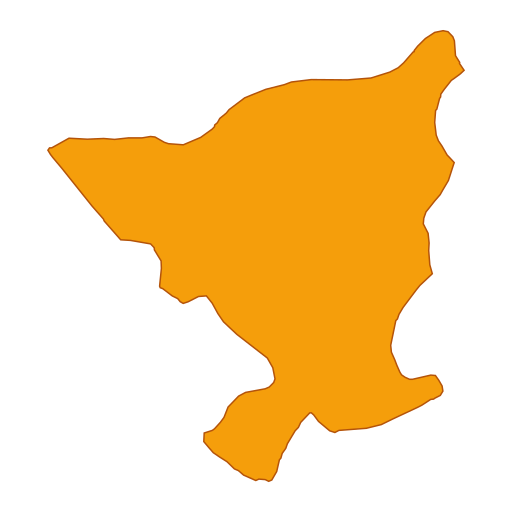 Chichicastenango, Quiché, Guatemala (Albers equal-area conic projection)
{"feature_id": "79465075B12794992131800", "entity_name": "Chichicastenango", "entity_type": "district", "adm_level": 2, "iso_a3": "GTM", "parent_name": "Guatemala", "parent_adm1": "Quiché", "projection": "albers", "projection_center": [-91.088, 14.889], "detail": "fine", "context": "isolated", "style": "filled", "palette": "amber", "viewbox_px": 512, "rotation_deg": 0, "n_neighbors": 0, "source": "geoboundaries", "source_scale": "gbopen_adm2", "svg_char_len": 2238}
<svg xmlns="http://www.w3.org/2000/svg" viewBox="0 0 512 512"><path d="M214.7,125.0L214.5,126.7L212.2,129.1L200.7,137.4L183.3,144.8L168.5,143.7L164.3,142.3L155.0,137.0L150.5,136.5L142.0,137.9L128.3,137.9L114.6,139.4L103.7,138.5L87.3,139.2L69.0,138.2L51.8,147.8L49.5,147.9L47.9,150.2L50.5,154.5L52.8,157.5L61.7,168.1L92.0,206.0L103.4,219.0L104.2,221.0L120.7,239.8L130.4,240.4L150.6,243.9L154.2,247.7L154.4,249.9L161.1,260.9L161.4,268.4L159.6,286.2L160.2,287.7L162.8,288.7L172.2,295.9L177.7,298.6L180.2,301.7L183.2,303.4L188.1,301.8L198.5,296.5L206.4,295.9L212.2,303.2L217.9,313.6L223.5,321.8L230.6,328.5L236.9,334.4L267.3,358.0L272.8,367.7L275.0,378.9L273.7,382.5L269.3,387.0L265.2,388.8L245.6,392.4L238.6,396.1L236.7,398.1L228.1,407.0L224.0,417.4L220.4,422.3L214.5,428.8L212.3,430.4L204.2,433.0L203.8,441.6L209.1,447.9L213.3,452.7L219.6,457.0L227.0,461.7L234.4,468.9L238.4,470.6L243.6,475.1L255.8,480.5L258.9,479.1L265.2,479.6L268.7,481.3L271.8,480.0L276.7,471.5L279.4,459.8L280.9,458.1L282.2,453.4L285.8,448.3L287.4,443.7L295.2,430.7L298.4,427.4L300.7,422.4L309.7,412.9L311.3,412.8L313.7,414.9L318.5,421.4L329.7,430.8L334.9,432.5L338.9,430.4L366.3,428.3L381.3,424.6L392.7,419.0L417.5,407.4L421.8,405.2L430.7,399.4L433.6,399.1L435.0,398.1L440.3,395.4L442.9,391.1L442.1,386.0L438.8,380.3L435.4,375.5L430.8,375.1L412.5,379.3L409.6,379.3L405.1,377.3L401.6,374.9L399.9,372.2L396.8,365.2L394.8,359.9L391.4,352.2L390.7,345.3L395.8,320.6L397.4,319.0L399.0,314.3L403.1,307.4L416.1,290.1L419.9,285.4L432.3,273.7L429.8,264.8L428.7,250.5L429.1,243.0L428.1,233.3L423.3,223.9L423.8,218.2L426.0,211.9L435.0,200.6L440.2,194.6L442.6,190.3L448.4,180.5L453.1,165.9L454.2,162.6L450.2,158.2L447.1,155.0L442.0,146.1L438.4,140.8L436.2,135.1L434.7,122.5L435.6,110.4L436.8,109.2L439.6,98.4L440.6,97.0L440.8,94.2L444.1,89.5L451.3,80.4L453.9,78.6L460.4,73.8L464.1,70.3L459.5,63.5L459.7,62.4L455.5,55.7L454.4,40.8L452.8,36.7L448.0,31.7L443.1,30.7L434.7,32.4L425.4,38.5L417.7,46.1L414.2,50.5L414.2,51.6L413.1,52.0L403.6,62.9L398.1,67.8L389.8,72.1L371.0,78.0L347.6,79.9L335.9,79.8L311.2,79.6L291.4,82.0L284.2,84.7L265.9,89.3L251.6,95.0L244.6,97.9L229.1,109.6L226.3,113.1L219.8,118.4L217.4,122.7L214.7,125.0Z" fill="#f59e0b" stroke="#b45309" stroke-width="1.5"/></svg>